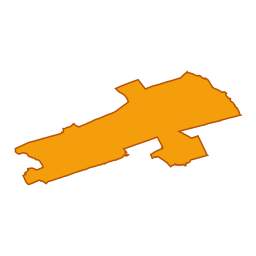 Braesti, Botosani, Romania
{"feature_id": "2599482B30071805057841", "entity_name": "Braesti", "entity_type": "district", "adm_level": 2, "iso_a3": "ROU", "parent_name": "Romania", "parent_adm1": "Botosani", "projection": "natural_earth1", "projection_center": [26.468, 47.861], "detail": "fine", "context": "isolated", "style": "filled", "palette": "amber", "viewbox_px": 256, "rotation_deg": 0, "n_neighbors": 0, "source": "geoboundaries", "source_scale": "gbopen_adm2", "svg_char_len": 5671}
<svg xmlns="http://www.w3.org/2000/svg" viewBox="0 0 256 256"><path d="M207.5,155.2L207.2,155.2L205.0,150.6L202.1,144.6L200.9,142.0L198.9,137.9L198.0,135.9L191.4,138.2L191.0,137.9L189.7,137.1L184.6,134.3L183.8,134.0L183.3,133.5L181.3,132.6L179.1,131.6L178.8,131.4L189.2,128.6L191.2,128.2L191.8,128.1L191.7,127.9L193.0,127.6L194.2,127.4L196.1,126.9L202.6,125.2L205.1,124.8L205.5,124.3L205.7,124.2L206.6,124.1L207.7,123.7L208.5,123.5L209.3,123.2L210.1,123.2L211.6,122.6L213.2,122.4L218.6,121.1L220.1,120.9L220.2,120.5L221.6,120.1L221.6,119.8L222.2,119.9L223.9,119.4L224.6,119.3L225.0,119.1L226.0,118.9L228.2,118.2L229.2,118.0L229.6,117.8L235.1,116.6L236.5,116.2L238.0,115.7L240.6,115.1L240.4,115.0L240.0,114.5L239.1,112.4L238.9,111.4L238.7,110.9L238.2,110.4L237.9,109.6L237.8,109.1L237.6,108.9L237.2,108.7L237.2,108.4L237.0,107.9L236.6,107.5L235.3,106.8L235.1,106.6L235.1,106.2L234.9,106.0L234.9,105.3L234.7,104.8L234.0,104.3L233.8,104.0L233.0,102.6L232.6,102.3L231.4,101.8L230.9,101.3L230.5,100.8L230.3,100.3L230.5,98.8L230.3,98.5L230.0,98.5L229.6,98.6L228.5,98.4L227.8,97.2L226.6,96.3L226.3,95.9L226.2,95.5L225.7,94.6L225.7,94.4L226.2,93.7L225.9,93.7L226.0,93.3L226.1,93.0L225.7,92.5L224.9,92.2L224.3,91.8L223.7,91.8L222.9,92.3L222.4,92.3L221.9,92.3L221.4,92.0L221.1,91.6L220.5,91.2L217.1,89.5L216.9,89.2L216.7,89.2L216.6,89.3L216.1,89.2L214.9,88.8L214.7,88.6L214.3,88.5L214.1,88.4L213.7,88.0L213.4,87.9L212.1,86.9L212.3,86.7L211.9,86.2L211.5,85.4L210.7,84.5L209.8,82.8L209.1,81.8L208.7,80.8L207.1,79.2L206.8,79.0L205.8,78.7L205.5,78.6L205.3,78.3L205.2,78.7L205.1,78.9L204.8,78.9L204.5,78.8L202.0,77.5L201.6,77.2L201.0,76.4L200.6,76.2L199.1,75.5L198.8,75.5L198.7,75.8L198.3,75.9L196.1,75.5L194.8,75.0L193.5,74.2L192.3,73.7L191.7,73.6L191.4,73.6L190.0,73.0L188.3,72.9L187.6,72.5L187.5,72.3L187.2,71.7L186.7,72.2L185.7,73.1L183.5,75.0L183.2,75.3L180.8,77.7L180.1,78.1L179.3,78.3L179.0,78.3L178.8,78.5L172.8,80.2L170.8,80.9L169.0,81.3L165.5,82.3L160.6,83.9L156.3,85.2L152.7,86.1L147.1,88.2L145.4,89.1L144.0,87.3L138.1,79.7L128.2,83.3L123.7,85.1L121.7,85.8L115.6,88.6L118.8,91.7L124.2,94.9L124.7,95.4L127.0,98.5L127.4,99.2L128.3,102.0L126.1,103.7L125.0,104.5L120.6,107.7L117.8,109.9L115.0,111.8L113.3,112.6L110.1,114.0L109.4,114.2L109.1,114.2L107.7,114.8L103.2,116.6L101.5,117.5L100.1,118.0L98.4,118.7L97.1,119.0L94.7,119.9L91.6,121.5L86.9,123.5L86.1,124.0L84.3,124.7L82.8,125.2L79.1,126.9L76.6,126.0L76.0,125.7L75.2,125.1L73.9,123.7L73.5,124.0L73.2,124.0L72.2,125.1L70.7,126.2L69.9,126.7L69.5,126.8L68.3,127.2L67.0,127.4L66.6,127.6L65.5,128.4L64.0,128.7L63.1,128.6L63.5,131.0L63.2,132.2L61.7,132.2L61.7,133.2L57.0,134.7L49.9,136.6L28.3,142.7L15.4,148.6L15.5,149.8L15.4,151.4L15.5,151.8L16.4,152.7L18.3,153.9L18.5,154.0L19.0,154.1L20.1,153.8L21.2,153.3L23.0,152.9L23.9,153.0L24.6,153.3L26.2,153.3L26.4,153.4L26.9,153.8L27.4,154.5L28.1,155.6L28.5,156.1L29.0,156.5L30.9,157.0L32.5,157.8L33.7,157.9L34.2,158.1L34.7,158.3L34.9,158.6L35.1,159.1L35.9,159.6L36.8,159.7L38.5,160.1L39.1,160.4L40.0,161.3L40.7,162.8L41.6,163.7L42.3,165.1L42.8,166.5L43.1,167.2L42.9,167.5L42.5,167.7L41.7,167.9L40.4,168.5L39.3,168.9L37.2,169.8L36.2,169.7L35.7,169.6L34.9,169.1L34.1,168.7L32.6,168.2L31.8,168.1L31.2,168.1L29.6,168.4L28.5,168.5L27.7,168.7L27.6,168.8L27.6,169.1L28.3,170.1L27.8,170.7L27.6,171.0L26.6,171.8L25.2,172.6L24.8,173.0L25.9,174.2L24.9,174.6L23.1,175.6L23.9,177.2L25.4,180.6L26.2,182.3L26.7,182.9L28.4,184.5L29.0,184.2L29.6,184.2L29.8,184.2L30.3,184.0L31.1,183.6L31.5,183.5L32.0,183.1L33.1,183.0L33.4,182.8L34.0,182.2L34.4,182.0L34.5,182.0L34.8,182.1L35.0,182.1L35.6,181.8L35.8,181.7L36.2,181.4L36.6,181.2L37.5,180.9L37.8,180.9L38.0,180.7L38.5,180.5L38.7,180.3L39.1,180.4L39.4,180.3L39.6,180.2L40.2,180.4L40.8,180.9L41.0,181.0L41.6,181.1L42.0,181.3L43.1,181.4L44.0,182.0L44.3,182.3L44.5,182.6L44.8,182.7L46.3,183.6L46.6,183.0L47.1,182.5L47.7,181.9L48.5,181.4L50.3,181.0L52.9,180.2L53.1,180.1L54.8,179.5L57.2,178.7L58.9,178.2L62.8,176.9L63.8,176.4L64.6,176.2L65.0,176.2L66.0,176.0L75.0,172.6L81.0,170.8L83.0,170.0L85.8,169.4L86.8,169.0L87.8,168.4L88.7,168.0L89.4,167.9L91.0,167.2L91.9,167.1L92.5,167.0L94.0,166.5L94.8,166.4L95.8,166.1L97.9,165.3L100.1,164.9L101.0,164.6L104.2,163.4L104.7,163.9L106.1,163.0L109.0,161.7L111.4,161.1L112.9,160.5L114.3,160.3L116.1,160.0L116.4,159.7L116.7,159.6L122.1,157.6L123.9,155.5L124.6,155.7L125.2,155.7L125.7,155.8L126.9,155.8L127.2,155.7L127.6,155.4L128.4,154.8L126.7,154.3L125.3,154.2L125.3,153.8L125.4,153.3L125.5,152.1L126.4,152.2L125.8,151.2L125.6,151.2L125.4,151.4L125.2,150.9L124.9,150.4L124.1,149.4L123.7,148.9L128.4,147.3L130.0,146.7L131.7,146.2L136.6,144.3L137.8,144.0L143.0,142.2L147.2,140.7L148.8,140.2L151.1,139.3L152.9,138.7L153.8,138.4L155.3,137.9L155.4,137.7L157.2,137.1L157.7,137.7L158.0,138.1L158.4,139.1L160.4,142.9L162.7,147.2L161.8,147.7L162.5,148.6L160.2,149.3L154.8,151.9L154.2,152.4L150.7,154.6L152.3,158.3L153.6,157.6L154.6,156.7L154.7,156.8L155.3,157.2L155.8,157.3L156.4,157.2L156.9,156.8L157.4,156.5L157.8,156.5L158.0,156.6L162.0,159.2L166.5,162.4L167.3,162.8L167.4,163.2L170.7,166.7L171.0,166.3L171.5,166.0L172.9,165.3L173.5,165.2L174.5,164.6L175.2,164.0L175.4,164.4L176.0,165.0L176.2,165.3L177.8,164.4L178.1,164.8L178.5,165.2L179.1,165.3L179.4,165.3L179.7,165.1L180.0,165.1L180.6,164.7L181.0,164.8L181.5,165.1L181.9,164.9L182.6,165.0L183.0,164.5L183.4,164.3L183.7,164.4L184.3,165.1L184.8,165.5L185.2,165.7L185.7,165.6L186.0,165.4L186.0,164.5L186.1,164.0L185.8,163.6L187.3,162.6L187.5,162.6L187.7,162.9L187.9,163.0L188.4,162.8L190.0,161.7L190.3,161.0L190.4,160.3L190.9,159.9L195.8,158.6L196.0,158.6L196.8,158.3L197.8,158.0L205.0,156.0L207.6,155.3L207.5,155.2Z" fill="#f59e0b" stroke="#b45309" stroke-width="1.5"/></svg>